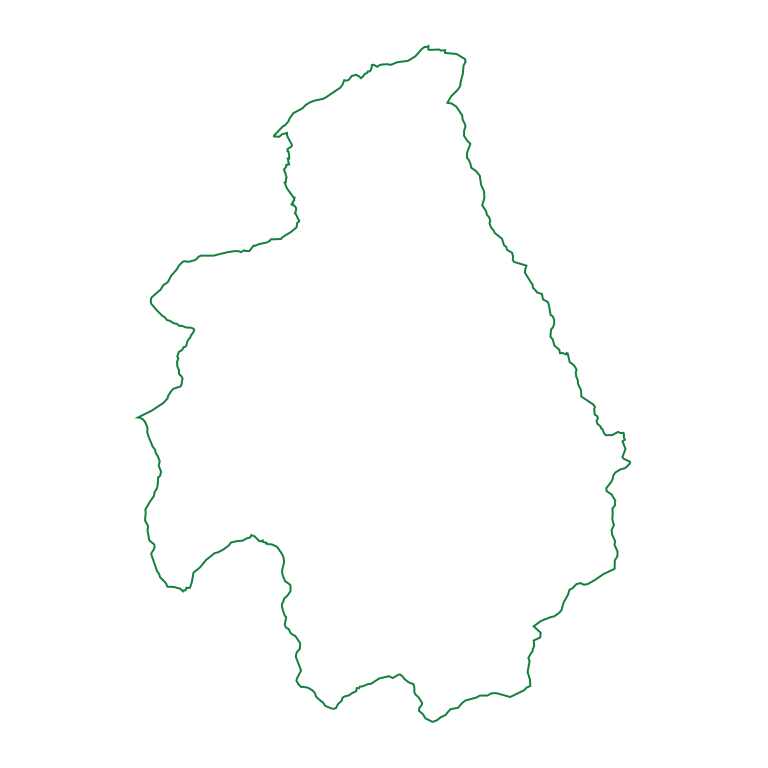 Tarcau, Neamt, Romania
{"feature_id": "2599482B98949389142671", "entity_name": "Tarcau", "entity_type": "district", "adm_level": 2, "iso_a3": "ROU", "parent_name": "Romania", "parent_adm1": "Neamt", "projection": "orthographic", "projection_center": [26.145, 46.778], "detail": "fine", "context": "isolated", "style": "outline", "palette": "green", "viewbox_px": 768, "rotation_deg": 0, "n_neighbors": 0, "source": "geoboundaries", "source_scale": "gbopen_adm2", "svg_char_len": 6067}
<svg xmlns="http://www.w3.org/2000/svg" viewBox="0 0 768 768"><path d="M510.2,697.0L524.0,690.3L526.6,687.6L530.3,686.0L530.0,679.8L527.6,672.0L529.6,661.3L528.4,658.1L530.5,653.9L532.5,651.2L532.9,648.8L534.2,645.9L533.7,640.5L540.2,637.5L540.7,632.8L533.7,626.3L541.2,620.8L550.8,617.1L554.1,616.4L559.0,613.0L561.4,610.3L563.7,602.3L567.8,595.2L569.5,589.8L572.5,588.3L576.4,584.1L580.8,583.1L583.8,584.8L587.9,584.0L594.9,580.0L603.4,574.1L614.6,568.8L614.8,560.4L617.3,556.4L617.6,551.7L614.5,544.8L615.1,541.2L612.2,534.6L611.6,530.2L613.9,525.0L612.3,519.3L612.7,512.7L612.4,508.7L615.0,505.2L614.8,502.7L615.3,500.7L611.6,494.5L606.6,491.1L606.3,488.2L611.3,481.8L612.8,478.6L613.3,475.5L615.3,472.6L620.3,469.4L625.0,468.2L628.7,464.9L630.1,462.8L629.8,461.7L623.6,458.7L622.4,457.0L625.5,449.0L622.5,441.3L624.9,439.7L623.9,437.6L623.8,433.6L623.5,432.8L620.4,433.0L618.1,431.9L612.2,435.1L605.6,435.1L603.9,432.9L602.4,429.0L600.9,428.2L600.6,426.5L597.3,423.7L596.6,420.8L598.0,417.7L596.7,415.8L594.7,414.5L594.2,408.7L595.0,407.1L594.5,406.1L593.0,404.3L581.4,396.6L581.0,390.1L578.0,383.8L577.8,380.3L576.2,376.4L575.8,371.9L576.6,369.9L575.8,368.2L573.6,364.9L569.7,362.1L567.7,353.4L566.7,353.0L565.8,354.4L562.6,353.0L560.0,353.2L559.2,349.6L554.4,345.6L552.8,339.6L550.4,336.6L551.1,329.5L553.0,327.2L554.1,324.3L554.2,319.9L552.8,316.4L550.6,314.9L548.8,304.7L547.7,301.9L543.0,299.4L541.9,294.0L536.9,292.4L535.9,290.7L533.0,287.9L532.4,284.0L531.4,283.1L525.0,272.8L524.9,271.0L526.4,265.6L514.0,261.9L512.8,259.9L513.0,256.2L512.1,252.8L507.1,249.9L506.1,246.8L504.1,245.3L502.0,238.8L494.7,232.9L493.8,230.7L491.2,227.6L489.8,224.2L489.5,222.9L490.3,220.8L489.2,217.3L486.8,214.7L486.3,211.7L482.2,205.2L484.4,198.0L484.0,191.3L481.2,185.0L479.7,175.5L475.8,170.9L471.3,167.8L470.3,163.4L468.6,159.5L467.0,157.8L467.1,152.5L470.4,143.9L466.9,140.3L464.0,135.7L464.1,130.7L465.5,126.7L464.8,123.9L462.6,119.5L462.2,115.4L456.3,106.6L451.6,103.5L447.4,102.8L451.2,96.2L457.3,90.3L460.2,86.1L460.6,82.1L462.8,74.0L463.6,65.3L465.6,62.0L465.2,61.3L465.2,59.2L456.6,54.0L445.0,52.9L445.2,50.2L440.8,50.6L439.2,49.5L429.5,49.9L428.4,49.5L428.4,46.1L426.7,46.9L424.5,47.0L422.0,48.8L415.3,56.4L407.8,60.9L397.4,62.2L390.6,64.9L387.4,64.2L381.8,64.5L379.1,65.4L377.3,66.8L373.5,64.7L371.8,65.1L371.8,67.1L371.0,69.8L369.9,71.3L367.8,71.4L367.5,72.5L364.4,74.3L363.2,76.3L361.0,78.2L359.0,76.3L355.9,74.8L351.7,76.1L348.7,79.9L346.2,80.7L344.2,80.2L342.5,84.7L340.4,87.6L326.3,97.1L323.2,98.8L314.3,100.7L310.1,102.3L305.7,105.0L302.4,108.4L293.4,113.1L289.6,118.4L288.3,121.6L285.0,125.3L282.9,126.3L274.0,135.6L274.0,136.4L279.2,136.8L282.4,134.1L287.0,133.0L287.0,134.9L287.8,137.3L291.7,144.4L292.0,145.6L291.2,146.7L287.6,149.0L287.5,151.1L288.4,151.4L289.2,155.8L289.2,158.7L287.8,158.6L288.9,163.6L288.5,163.3L288.6,164.2L287.8,164.8L286.2,164.9L286.2,166.9L284.0,169.4L286.6,177.3L286.1,178.3L285.7,182.4L284.6,182.6L287.0,188.5L293.2,197.0L294.6,197.7L293.9,198.8L294.3,200.0L292.6,202.1L293.1,203.3L291.6,204.2L292.7,205.3L294.4,205.6L296.1,208.1L296.1,210.2L295.0,213.4L295.6,213.5L298.2,219.2L299.2,220.4L298.7,221.9L297.2,222.8L296.6,227.2L291.2,231.8L282.3,237.3L281.0,239.0L270.7,239.4L270.1,240.6L266.8,242.5L259.1,244.1L255.0,245.8L253.6,245.6L249.4,251.0L245.8,251.0L244.2,250.3L240.8,252.2L238.6,251.1L234.7,251.1L227.1,252.3L213.2,255.7L200.8,255.7L198.4,256.8L196.3,259.3L194.8,260.1L188.8,261.8L183.9,261.2L181.9,262.5L178.6,266.0L176.8,269.4L171.2,275.7L167.7,282.3L163.4,285.1L160.6,289.6L151.7,297.3L151.0,298.6L150.8,302.4L151.5,304.1L157.0,310.5L162.3,315.8L164.6,317.2L167.0,320.0L170.0,320.9L173.9,323.3L177.0,323.9L179.4,326.0L181.4,325.7L186.3,327.5L191.2,327.7L193.4,328.7L194.3,329.9L193.1,332.6L190.9,335.6L190.2,337.7L188.7,339.0L187.0,342.4L186.4,345.4L185.1,346.9L183.7,347.1L182.0,350.0L178.8,352.0L177.3,356.4L178.3,358.4L177.0,362.2L177.4,366.6L179.0,370.1L179.0,374.0L181.0,375.8L182.6,378.4L181.8,381.9L181.9,383.5L180.6,386.4L173.3,388.8L171.2,391.1L168.0,396.1L167.6,398.3L163.2,403.1L151.6,410.7L137.9,417.5L139.8,417.7L143.1,419.5L145.0,421.9L146.9,426.0L147.6,429.2L147.2,432.3L148.2,435.6L152.7,446.7L155.1,449.7L155.9,453.3L157.8,456.1L159.7,461.2L158.7,465.6L161.2,472.0L160.4,473.8L160.4,475.2L159.3,476.8L158.2,477.1L157.7,484.8L157.0,488.3L154.6,492.1L153.9,496.1L149.8,501.9L145.4,509.5L145.7,513.2L145.0,520.3L148.1,526.3L147.5,530.2L149.3,540.4L154.4,544.6L154.5,547.4L153.7,549.6L151.4,553.2L151.3,554.5L157.0,571.0L159.1,574.0L160.1,577.2L166.0,583.3L167.4,586.7L174.0,587.0L180.4,588.8L183.1,591.4L184.0,590.3L185.5,590.3L186.5,587.7L187.2,588.1L190.0,587.6L191.8,582.3L193.5,572.6L200.0,567.4L205.8,560.2L214.7,553.1L217.8,552.4L223.1,549.7L228.8,545.5L231.0,542.5L237.1,541.1L242.5,540.7L247.6,538.0L250.0,537.6L251.4,535.1L254.7,536.4L259.2,541.1L260.8,541.3L262.7,540.5L262.7,541.7L265.8,542.7L266.1,543.4L266.7,543.0L267.5,544.1L271.8,544.4L276.9,546.7L281.3,552.8L283.5,557.2L284.1,562.1L282.0,570.8L282.6,574.9L285.0,581.1L290.2,584.8L290.5,586.5L290.5,591.2L287.3,595.8L284.2,598.4L283.2,601.8L281.9,604.1L282.0,607.0L283.6,612.5L284.7,615.5L286.2,617.2L284.7,624.7L286.1,627.7L288.9,629.3L290.1,632.3L291.7,634.0L295.5,636.2L300.2,643.3L299.8,648.9L297.1,651.9L296.2,654.0L295.9,657.1L301.1,670.4L296.9,678.6L296.4,680.7L298.4,684.1L301.1,687.0L303.1,686.8L308.2,687.8L312.3,690.3L314.6,692.5L316.2,696.8L321.4,701.5L322.5,701.9L325.4,706.0L332.0,708.6L334.6,708.7L336.1,707.9L337.8,704.3L341.7,700.7L342.5,697.7L344.2,696.6L349.3,695.2L352.2,693.0L356.1,691.3L356.8,688.1L358.8,688.3L359.8,686.7L362.4,686.4L368.0,684.1L370.9,683.9L379.1,678.5L388.8,676.2L392.8,678.0L398.7,674.5L400.2,674.6L402.4,676.2L404.5,679.0L408.6,682.3L413.5,684.1L414.4,688.0L414.3,692.3L415.9,695.0L418.3,697.0L422.1,702.9L421.8,704.8L419.2,708.2L419.0,710.8L423.1,714.4L425.3,718.3L432.6,721.9L437.1,720.2L440.8,717.2L445.3,715.1L450.3,709.3L458.1,707.7L461.9,703.3L465.2,700.6L476.5,697.5L479.8,695.6L487.6,695.5L491.2,693.4L496.1,693.1L510.2,697.0Z" fill="none" stroke="#15803d" stroke-width="2"/></svg>